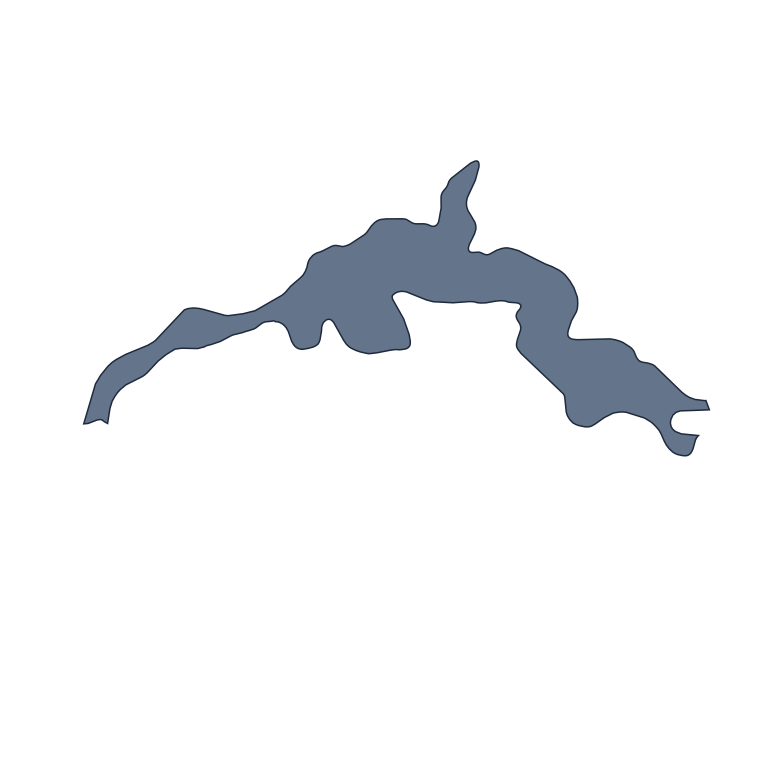 the border of Aswan, rotated 249°
{"feature_id": "EGY-1548", "entity_name": "Aswan", "entity_type": "Governorate", "adm_level": 1, "iso_a3": "EGY", "parent_name": "Egypt", "parent_adm1": "", "projection": "albers", "projection_center": [32.505, 23.633], "detail": "fine", "context": "isolated", "style": "filled", "palette": "slate", "viewbox_px": 768, "rotation_deg": 249, "n_neighbors": 0, "source": "natural_earth", "source_scale": "10m", "svg_char_len": 4309}
<svg xmlns="http://www.w3.org/2000/svg" viewBox="0 0 768 768"><g transform="rotate(249 384 384)"><path d="M253.2,678.6L243.3,678.5L248.7,662.6L252.7,651.1L252.9,646.6L251.4,642.5L247.8,638.9L244.7,637.3L241.5,636.8L238.3,637.3L235.2,639.0L230.9,643.7L223.2,659.1L222.9,658.5L221.7,656.5L220.1,654.7L212.8,649.3L211.1,647.6L209.6,645.8L208.8,643.9L208.5,641.9L209.0,639.5L210.3,636.8L212.8,633.0L215.0,630.7L217.3,629.0L221.5,627.0L225.6,625.8L229.8,625.2L238.3,624.8L242.2,624.2L246.3,622.8L250.4,621.0L253.1,619.5L259.0,614.9L270.8,600.0L272.2,597.2L273.3,594.3L274.6,588.5L274.7,587.4L273.7,577.6L271.0,566.9L270.4,563.0L270.4,561.1L271.1,558.4L272.4,555.6L275.4,551.0L277.7,548.4L280.1,546.4L282.4,545.4L284.6,544.6L286.7,544.2L288.7,543.9L292.5,544.1L306.8,548.0L308.6,548.2L310.4,548.0L363.4,522.9L368.0,521.5L370.2,521.2L372.2,521.4L374.2,522.2L377.9,524.6L385.4,530.8L387.4,531.8L389.6,532.3L391.8,532.3L396.4,531.4L398.4,531.4L400.3,531.8L402.0,532.9L403.5,534.4L405.5,537.9L406.9,539.4L408.6,539.9L410.4,539.2L412.0,537.4L415.3,530.5L416.5,528.7L418.0,526.9L419.7,523.5L421.2,518.6L423.2,508.4L424.9,503.4L426.6,500.0L428.2,498.0L428.7,497.0L430.2,493.7L435.1,477.5L443.2,459.4L447.4,453.6L461.9,438.0L463.4,435.5L464.4,433.1L465.0,429.7L464.8,426.9L463.7,423.6L462.0,422.7L460.0,422.4L437.7,425.7L421.2,425.2L414.5,423.9L412.6,423.1L410.8,422.1L409.4,420.1L408.9,417.4L409.8,412.9L410.5,410.4L412.0,407.3L413.2,402.5L415.6,388.9L417.6,381.0L418.6,379.1L422.5,373.3L425.6,369.6L429.3,366.1L431.2,364.8L433.1,363.8L435.0,363.0L439.2,362.0L459.4,359.1L461.5,358.3L463.3,357.2L464.4,355.2L464.5,352.8L463.1,349.5L461.4,347.7L459.6,346.3L455.8,344.6L448.4,340.2L446.6,338.7L445.0,336.9L444.2,334.4L443.9,331.3L444.4,326.2L445.5,320.6L446.6,318.3L447.1,317.6L447.9,316.6L449.4,315.3L451.1,314.4L453.1,313.7L457.0,313.1L467.5,313.5L471.5,312.9L473.5,312.2L475.5,311.3L477.4,310.0L479.1,308.4L480.5,306.4L481.0,305.1L482.6,303.6L482.8,301.8L484.6,295.3L484.5,292.0L482.3,284.5L482.0,282.2L482.3,276.4L482.6,274.3L482.7,270.2L483.9,261.1L483.9,259.0L482.4,246.5L482.8,236.6L483.3,232.7L483.3,230.2L483.0,229.8L483.9,222.6L489.9,208.0L491.5,201.1L490.9,198.7L490.8,197.7L489.5,191.0L486.4,181.4L479.3,166.8L478.2,163.7L477.6,161.2L475.7,142.7L473.4,136.0L471.4,132.0L468.6,127.9L465.2,123.9L459.4,119.4L446.2,111.8L449.0,109.4L450.4,108.6L452.0,107.4L452.7,105.8L453.2,103.2L453.2,93.6L454.4,89.4L487.5,114.7L493.7,122.6L499.3,132.3L501.5,137.6L502.8,142.8L504.2,153.4L504.8,177.6L505.9,184.0L506.7,186.6L524.5,223.6L524.8,225.0L524.6,228.4L523.4,232.8L522.8,234.5L520.8,238.4L518.3,242.3L505.0,260.2L503.5,263.4L500.1,277.7L498.6,289.9L503.4,320.7L504.9,324.8L508.8,332.0L513.2,344.3L514.7,347.5L517.4,351.0L520.5,353.8L523.9,356.1L525.8,357.6L527.6,359.8L529.6,363.6L530.2,366.3L530.4,368.7L530.2,371.4L530.3,374.8L531.3,384.4L531.1,387.3L530.4,389.2L527.1,394.7L526.6,397.7L526.7,402.3L530.4,419.1L531.5,421.9L536.2,429.1L538.1,433.3L538.8,436.1L538.9,438.6L538.6,440.6L537.4,445.1L531.6,460.4L530.7,462.3L529.6,463.9L524.5,467.9L522.9,469.7L521.8,471.9L519.5,478.1L518.6,479.9L517.4,481.7L514.1,485.2L513.2,487.8L513.5,490.0L514.7,492.0L516.4,493.5L527.8,500.4L537.7,504.1L539.6,505.1L541.3,506.5L542.7,508.3L544.9,512.3L546.3,514.1L549.6,517.0L551.0,518.8L552.0,520.7L559.2,544.1L559.5,548.7L558.9,550.8L557.5,551.7L555.8,551.6L554.1,551.1L552.3,550.2L541.5,542.3L528.1,528.5L524.2,526.1L520.3,524.8L516.1,524.5L502.6,526.8L500.9,526.7L499.2,526.5L497.4,526.0L495.5,525.2L491.6,522.2L484.3,514.3L482.4,512.6L480.5,511.4L478.7,511.0L477.1,511.2L475.7,512.5L474.9,514.2L473.2,519.6L472.1,521.3L468.8,524.5L467.5,527.0L467.4,529.4L468.5,537.2L468.3,542.4L467.7,545.6L466.8,548.1L464.5,551.8L460.2,557.5L438.7,577.1L433.4,582.9L427.3,588.4L424.4,590.3L421.1,592.1L413.5,594.5L405.6,595.8L396.3,595.6L394.1,595.2L389.9,593.8L385.8,591.9L384.1,590.7L382.5,589.5L375.7,581.5L368.1,575.3L366.2,574.1L364.3,573.3L362.5,573.1L360.7,573.7L359.1,575.0L357.9,576.7L356.0,580.6L345.1,611.2L342.4,615.8L339.4,619.6L337.1,622.0L330.4,626.9L328.5,628.0L326.5,628.7L324.5,629.1L318.8,629.2L316.7,629.6L314.4,630.4L312.5,632.1L311.2,634.0L308.9,638.0L306.0,641.6L304.1,643.1L269.4,659.2L265.8,661.4L262.0,664.3L258.2,668.7L253.4,677.7L253.2,678.5L253.2,678.6Z" fill="#64748b" stroke="#1e293b" stroke-width="1.5"/></g></svg>